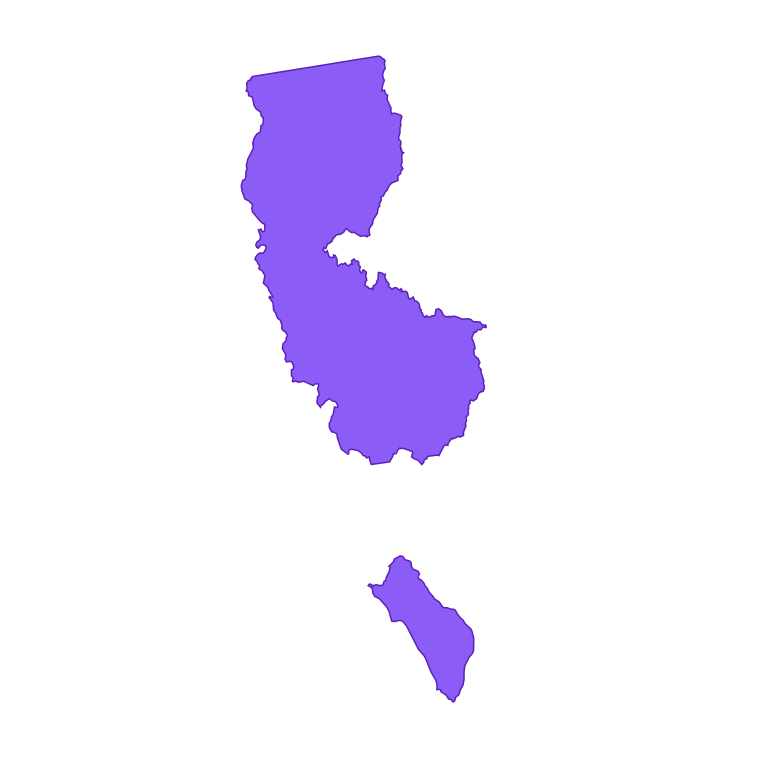 outline of Senador José Porfírio, Pará, Brazil, rotated 171°
{"feature_id": "56859067B45704380101234", "entity_name": "Senador José Porfírio", "entity_type": "district", "adm_level": 2, "iso_a3": "BRA", "parent_name": "Brazil", "parent_adm1": "Pará", "projection": "natural_earth1", "projection_center": [-51.783, -3.822], "detail": "fine", "context": "isolated", "style": "filled", "palette": "violet", "viewbox_px": 768, "rotation_deg": 171, "n_neighbors": 0, "source": "geoboundaries", "source_scale": "gbopen_adm2", "svg_char_len": 6141}
<svg xmlns="http://www.w3.org/2000/svg" viewBox="0 0 768 768"><g transform="rotate(171 384 384)"><path d="M338.1,708.7L465.7,708.3L467.7,706.7L468.0,705.3L470.6,704.8L472.7,702.4L472.8,697.8L474.3,694.9L473.0,694.3L472.4,693.2L472.6,689.9L469.7,688.4L469.1,687.0L468.7,679.1L467.2,675.7L463.4,671.9L463.2,667.7L461.6,665.9L462.3,661.7L463.4,658.9L465.0,658.6L466.8,652.3L470.8,650.6L473.8,647.0L475.8,642.9L476.2,637.2L483.2,627.6L485.9,621.0L485.6,618.1L487.1,615.5L488.2,609.7L489.0,608.1L491.7,607.2L494.0,602.0L494.0,596.8L492.5,588.6L488.8,585.9L485.7,581.6L487.2,578.1L486.9,574.5L482.1,566.2L478.7,561.6L477.0,560.6L477.2,556.1L478.4,553.8L479.6,553.3L480.6,553.9L481.3,556.3L484.1,555.7L482.9,549.7L483.3,547.2L483.8,546.1L487.6,543.7L488.9,541.4L488.3,538.9L487.0,537.8L484.2,540.2L481.8,540.5L479.9,539.5L478.9,538.0L479.3,536.4L482.7,532.0L486.3,532.9L488.9,531.4L491.2,529.0L491.9,527.1L490.3,525.2L489.6,522.3L488.4,520.9L489.5,517.3L486.6,514.8L484.7,509.6L487.4,502.4L483.7,498.0L482.9,494.2L480.3,488.1L480.4,487.3L481.5,487.1L483.0,488.4L484.0,487.4L480.9,481.6L481.5,474.3L480.1,471.4L478.6,465.3L476.4,463.2L475.6,457.9L476.3,455.3L475.4,452.6L473.3,451.0L471.7,447.2L473.4,444.7L473.9,442.2L477.5,439.4L478.8,434.7L476.4,428.3L477.8,423.8L476.9,421.1L472.8,421.0L471.5,419.6L470.6,417.0L470.7,414.3L471.5,412.8L473.1,412.5L473.4,411.8L474.0,406.4L472.7,404.0L474.1,401.3L473.4,400.3L470.8,400.8L468.3,399.1L462.8,399.2L454.2,393.5L452.1,394.9L448.8,394.4L448.7,392.8L450.4,389.6L449.5,383.6L451.7,381.5L453.2,375.9L450.4,371.0L449.8,372.3L447.2,373.6L444.4,376.2L440.5,378.0L437.0,375.0L434.9,374.2L433.7,372.7L433.0,369.2L434.2,368.2L436.5,369.0L439.1,361.5L440.8,360.1L442.1,356.6L444.2,353.7L444.8,349.6L443.2,345.0L440.0,343.6L438.3,342.0L438.5,338.6L436.4,326.3L430.5,320.3L429.9,320.6L429.0,324.2L428.1,324.6L425.8,324.5L420.5,322.5L417.3,319.6L415.8,316.7L413.7,315.6L412.9,313.7L409.9,314.3L410.1,311.5L409.2,306.5L390.6,306.2L386.5,311.5L385.9,313.3L382.9,313.4L380.8,316.5L378.6,318.2L377.2,317.5L375.7,317.8L366.6,312.8L366.3,311.8L368.2,307.7L365.4,305.1L362.5,303.6L359.2,298.5L356.8,300.6L356.6,302.6L353.3,303.6L352.9,305.1L350.5,305.7L342.3,305.4L341.0,304.7L334.4,313.6L332.6,314.1L330.6,313.4L329.7,315.8L325.5,319.8L325.0,319.1L322.3,319.5L319.1,320.7L317.0,319.7L313.5,320.8L313.0,324.1L309.7,329.6L309.7,332.3L308.2,335.1L308.2,338.4L305.3,340.7L305.2,344.0L304.0,347.1L304.1,349.3L301.9,351.7L301.5,354.1L300.1,354.5L298.6,353.3L294.8,355.0L292.5,359.5L289.3,361.5L288.8,360.9L287.1,361.4L285.5,364.1L285.7,365.7L285.2,366.6L285.8,368.8L284.9,371.2L286.3,380.6L285.8,383.1L287.8,386.2L287.8,387.4L285.9,390.2L287.1,394.4L289.8,397.2L290.3,398.9L290.1,403.4L288.4,404.8L288.8,410.6L290.1,415.9L286.4,421.4L285.4,420.7L282.4,423.0L279.9,422.4L277.0,425.0L274.9,423.8L274.2,424.1L274.0,425.1L274.4,426.3L277.9,427.1L279.5,430.2L286.1,431.6L287.9,434.0L290.5,435.2L296.6,435.9L302.9,439.6L306.7,440.3L308.6,439.5L309.3,440.6L312.0,440.6L314.4,442.2L315.9,447.3L318.4,449.8L321.0,449.4L323.0,443.5L325.6,443.9L329.0,442.8L331.3,444.9L332.7,443.4L334.7,445.6L334.9,448.1L336.4,449.6L335.5,451.3L336.6,452.3L336.8,457.8L338.3,460.2L340.7,461.5L341.5,465.3L344.0,464.1L346.2,464.4L346.7,470.7L348.1,472.2L352.4,472.6L351.6,474.0L352.2,475.5L354.0,474.4L356.9,477.3L359.4,477.3L360.9,476.1L363.9,479.3L364.0,481.0L363.4,481.6L364.4,484.0L365.6,484.8L365.3,485.7L366.6,489.2L365.6,492.2L366.7,491.8L368.2,493.6L371.5,495.1L372.2,494.8L373.4,488.5L374.9,486.9L375.1,485.3L377.2,483.3L379.1,482.7L380.2,479.1L381.1,480.5L383.2,480.0L384.3,481.8L387.5,484.3L386.1,488.2L384.9,488.9L384.8,491.9L385.5,493.9L384.4,495.0L384.0,497.2L386.4,500.0L387.1,499.8L388.1,497.5L389.4,497.6L390.5,500.4L389.0,503.4L390.6,506.1L389.8,507.7L390.8,509.5L393.1,510.1L394.0,512.2L396.8,510.9L396.6,507.4L398.5,507.7L400.1,506.2L401.4,506.5L403.5,509.7L405.4,508.6L407.2,509.4L411.2,507.6L411.6,509.9L410.9,513.8L411.9,518.3L413.6,519.4L414.0,517.3L414.7,516.8L418.1,517.9L419.3,524.5L420.9,523.2L421.7,523.5L423.2,526.0L421.8,528.1L420.8,526.9L420.1,527.3L417.6,531.5L416.6,531.2L415.0,532.4L413.9,532.4L411.8,535.0L411.7,536.5L410.4,536.4L407.7,538.8L403.4,538.7L399.6,540.6L399.0,542.0L396.8,543.2L393.7,539.7L392.0,538.5L390.0,538.6L384.2,533.6L380.5,533.6L377.6,532.1L377.3,532.9L375.2,533.0L374.6,533.5L374.9,537.0L374.0,540.1L370.2,544.0L369.0,547.9L364.0,553.5L362.3,558.5L360.3,560.6L360.6,562.7L359.2,563.8L358.0,566.1L357.6,569.3L355.4,569.8L352.7,573.5L350.8,574.7L347.5,579.6L344.3,581.5L338.3,582.9L337.8,587.4L334.6,589.3L334.3,591.3L331.7,593.6L332.9,597.0L331.4,600.5L330.9,606.2L330.0,608.3L328.5,609.5L330.4,610.3L329.8,611.8L330.9,612.8L330.0,613.9L331.1,616.1L330.2,617.1L329.4,620.9L331.0,623.4L331.1,625.1L329.0,629.4L328.1,634.7L327.0,636.6L326.7,640.5L324.5,645.5L325.7,647.1L331.5,650.0L334.1,649.7L334.6,653.0L333.8,655.2L336.5,664.4L335.3,668.8L337.0,670.1L337.6,674.2L340.3,674.0L338.6,679.3L336.2,683.8L337.1,687.6L336.9,689.6L335.6,693.1L333.5,695.3L333.4,701.0L332.3,703.0L333.4,705.1L334.2,704.9L336.2,707.8L338.1,708.7ZM402.8,146.9L399.6,141.6L391.5,116.6L387.0,109.5L385.8,106.4L382.6,92.2L379.1,83.2L378.6,78.5L379.6,73.8L377.8,73.9L375.8,73.0L375.9,71.1L371.1,66.8L369.5,62.7L367.3,62.0L365.8,59.3L364.0,59.6L362.2,63.4L358.7,65.4L356.5,69.9L353.3,73.9L351.2,79.5L350.0,87.2L348.3,92.9L342.7,100.8L339.1,103.8L337.3,106.5L335.1,119.1L335.8,126.1L336.8,128.9L341.5,134.7L342.6,138.1L345.1,141.0L347.7,145.7L348.8,149.2L350.3,150.5L353.6,151.3L356.2,153.0L360.5,153.9L363.7,160.3L368.0,164.1L368.7,166.3L371.8,171.1L373.5,176.0L375.1,178.1L375.6,180.8L377.6,184.2L380.3,186.5L380.6,187.9L378.7,191.1L379.8,193.9L384.5,196.8L385.4,199.6L385.2,203.1L386.2,205.1L390.6,207.0L392.3,210.6L394.9,211.7L401.3,209.4L402.5,206.9L407.6,203.2L406.7,202.7L406.8,201.6L408.2,197.9L411.6,193.3L413.2,189.6L414.7,189.2L416.5,185.8L418.6,185.3L423.2,186.9L425.4,186.7L426.3,185.7L427.7,187.9L429.7,188.7L431.2,187.3L429.1,185.8L427.5,183.3L427.7,179.1L426.5,175.8L422.2,172.7L416.2,163.3L414.6,158.7L413.5,148.6L411.1,147.7L405.4,148.1L402.8,146.9Z" fill="#8b5cf6" stroke="#5b21b6" stroke-width="1.5"/></g></svg>